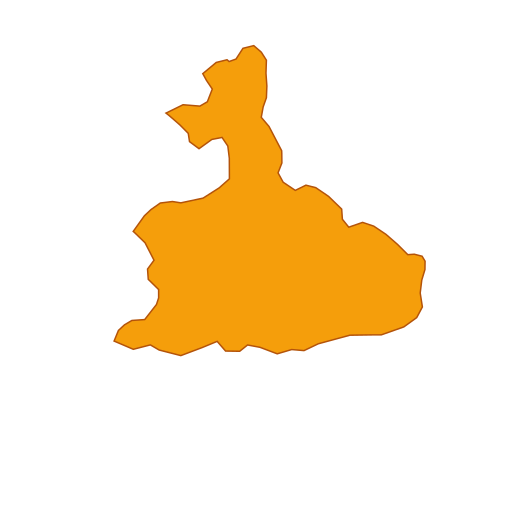 Cheonan-si, South Chungcheong, South Korea (Albers equal-area conic projection), rotated 131°
{"feature_id": "91817680B50780672353800", "entity_name": "Cheonan-si", "entity_type": "district", "adm_level": 2, "iso_a3": "KOR", "parent_name": "South Korea", "parent_adm1": "South Chungcheong", "projection": "albers", "projection_center": [127.19, 36.798], "detail": "fine", "context": "isolated", "style": "filled", "palette": "amber", "viewbox_px": 512, "rotation_deg": 131, "n_neighbors": 0, "source": "geoboundaries", "source_scale": "gbopen_adm2", "svg_char_len": 1365}
<svg xmlns="http://www.w3.org/2000/svg" viewBox="0 0 512 512"><g transform="rotate(131 256 256)"><path d="M413.3,307.3L406.9,287.4L392.4,277.4L390.5,267.4L380.5,247.4L360.5,236.6L345.9,229.3L347.7,216.6L338.6,205.8L328.7,204.0L322.3,193.1L315.9,175.8L309.8,171.9L303.2,167.7L295.9,157.7L281.4,151.4L267.8,142.3L254.2,133.2L238.8,116.0L233.3,109.7L212.5,97.9L197.1,94.3L194.8,94.8L185.3,97.0L176.2,107.8L165.4,115.1L155.4,119.6L149.0,125.0L147.2,130.5L148.3,132.7L150.8,137.7L155.4,142.3L154.4,156.8L154.4,172.2L156.2,186.7L160.7,197.6L173.4,204.9L171.6,214.9L164.4,222.1L163.4,240.3L165.2,255.7L169.8,264.8L180.7,269.4L182.5,283.9L178.8,293.9L168.8,297.5L161.6,303.9L159.7,305.7L149.7,331.2L147.9,343.0L138.8,348.4L129.7,352.0L120.6,359.3L111.5,368.4L101.4,376.6L98.7,385.7L98.7,395.7L107.8,402.1L120.5,400.3L126.9,403.9L126.9,406.6L136.0,413.0L153.3,415.8L156.0,408.5L158.7,398.5L171.5,393.9L179.7,396.7L189.7,410.3L207.2,417.7L207.0,414.0L207.0,399.4L207.9,387.6L213.3,381.2L212.4,369.4L197.0,365.8L188.8,359.4L191.5,349.4L199.7,340.3L215.2,326.7L228.8,328.5L247.0,333.9L265.2,347.6L269.7,354.8L278.8,363.0L289.8,365.7L298.9,366.6L318.0,364.8L318.0,363.0L318.8,348.4L326.1,330.2L337.0,329.3L344.3,322.0L345.2,307.5L351.5,302.0L357.9,299.3L377.0,298.3L386.1,307.4L394.2,310.1L402.4,311.0L413.3,307.3Z" fill="#f59e0b" stroke="#b45309" stroke-width="1.5"/></g></svg>